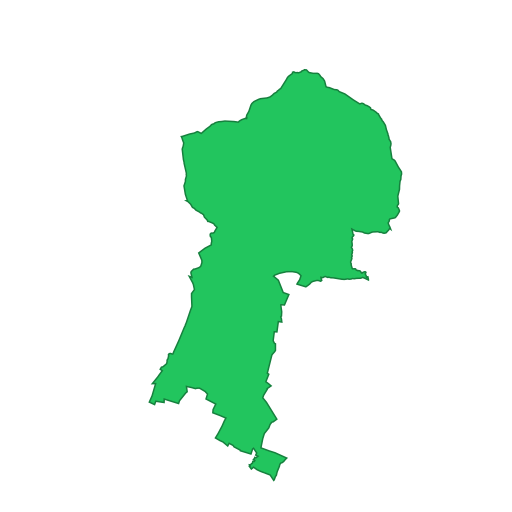 the district of Beclean, Brasov, Romania, rotated 28°
{"feature_id": "2599482B11377759277161", "entity_name": "Beclean", "entity_type": "district", "adm_level": 2, "iso_a3": "ROU", "parent_name": "Romania", "parent_adm1": "Brasov", "projection": "mercator", "projection_center": [24.929, 45.848], "detail": "fine", "context": "isolated", "style": "filled", "palette": "green", "viewbox_px": 512, "rotation_deg": 28, "n_neighbors": 0, "source": "geoboundaries", "source_scale": "gbopen_adm2", "svg_char_len": 6096}
<svg xmlns="http://www.w3.org/2000/svg" viewBox="0 0 512 512"><g transform="rotate(28 256 256)"><path d="M377.0,445.8L377.2,445.0L376.7,441.8L376.9,439.9L376.2,437.6L375.9,435.9L375.4,430.8L374.9,429.0L375.0,427.8L375.1,427.2L376.1,426.2L376.9,424.5L377.4,421.9L378.0,420.0L365.2,420.8L359.2,421.9L350.4,423.1L347.7,414.1L346.7,408.8L348.0,401.8L347.5,398.0L347.8,396.7L347.7,396.2L348.3,394.9L349.0,394.4L351.0,390.3L333.9,380.3L328.5,378.0L328.1,375.2L328.5,368.4L328.1,367.9L330.3,363.6L327.1,362.9L323.7,362.4L322.8,354.4L321.0,354.2L316.5,336.0L316.6,335.0L317.4,331.6L317.5,330.2L314.4,324.4L313.2,324.4L310.9,322.7L307.7,314.3L310.1,313.2L306.5,303.4L309.8,302.2L307.9,299.5L306.4,298.1L306.4,297.7L306.7,297.1L304.9,293.2L301.2,288.1L300.9,287.3L304.1,285.9L303.1,274.6L297.2,275.5L287.1,266.9L281.0,265.6L281.6,264.0L284.8,260.3L290.4,255.5L295.3,252.8L299.5,251.4L301.3,251.3L303.0,251.6L305.0,252.3L305.7,256.4L305.3,261.0L305.4,261.6L314.5,259.8L315.5,257.9L316.6,255.4L317.1,253.2L318.2,251.7L320.7,249.4L321.6,248.8L322.8,248.3L325.0,247.9L325.5,246.6L324.3,245.6L323.4,244.3L325.0,243.9L326.6,241.6L329.6,241.2L330.1,240.5L332.0,240.2L334.5,239.0L342.5,236.3L345.0,235.2L347.8,233.1L349.1,232.8L350.8,231.7L351.6,230.7L353.5,229.9L355.3,228.5L358.8,226.5L359.3,226.0L360.1,224.9L362.1,224.6L366.5,224.4L366.2,223.8L364.5,221.8L364.2,222.0L364.0,222.7L363.6,222.9L362.3,221.5L360.8,220.5L360.9,219.3L360.8,218.9L360.3,218.6L359.6,218.7L358.9,219.3L358.0,220.4L357.8,221.2L357.6,221.4L356.9,221.4L356.5,221.0L354.7,220.3L353.5,220.7L353.0,221.2L352.5,221.0L351.5,221.4L351.2,221.4L350.1,220.7L349.6,220.7L347.4,221.9L346.9,221.9L346.5,221.5L344.3,219.3L344.0,218.8L343.9,218.3L342.8,217.5L342.3,216.8L342.0,214.0L341.7,212.9L340.9,212.3L341.0,211.1L340.9,210.8L340.1,210.1L339.8,209.7L339.6,208.0L339.5,207.7L338.9,207.2L338.7,205.6L337.7,204.5L336.3,203.7L336.1,203.5L336.2,202.2L336.0,201.5L334.9,199.7L333.7,198.1L333.4,195.7L333.0,195.3L332.5,195.2L332.3,194.8L332.2,194.2L332.2,193.5L332.6,192.6L332.6,191.7L332.4,191.4L331.7,191.3L331.1,190.9L329.9,189.3L328.0,187.2L332.2,187.2L333.1,187.0L335.1,186.1L338.8,184.8L340.9,184.8L344.5,183.6L345.3,182.9L347.2,180.5L348.1,179.8L352.3,177.3L354.3,177.0L355.6,176.2L356.8,176.2L358.1,175.9L359.1,175.3L360.2,174.1L360.2,173.3L360.9,170.9L361.1,168.9L362.3,169.1L360.5,167.5L358.8,166.3L357.2,164.8L357.1,164.2L357.3,163.2L357.0,161.9L356.7,161.5L356.8,160.4L360.8,157.0L361.2,155.8L361.6,153.4L361.7,149.3L361.3,148.5L359.0,146.7L357.7,146.5L357.3,145.7L357.1,144.7L357.4,143.8L357.3,142.9L353.1,136.6L351.4,129.8L349.8,126.6L348.1,122.4L347.9,120.4L346.4,117.1L346.1,115.3L344.9,113.4L339.7,110.5L334.2,106.8L333.1,106.4L330.4,106.3L323.5,97.1L323.1,95.2L322.5,93.5L321.8,92.7L321.5,92.1L320.8,91.6L318.5,90.3L318.2,89.6L316.3,87.5L315.7,87.2L315.3,86.4L311.8,83.2L308.9,79.9L305.4,77.8L303.7,77.2L302.5,76.1L302.0,76.1L300.0,74.9L297.9,73.6L297.4,73.1L295.9,73.1L294.8,72.7L291.1,72.2L289.6,72.4L289.0,72.7L288.7,72.7L287.5,71.4L285.5,71.1L283.0,71.1L282.0,71.5L279.5,71.1L278.4,71.2L277.5,71.6L276.4,72.9L276.1,73.0L268.8,72.5L258.4,71.2L252.3,71.8L250.5,71.2L249.3,71.3L247.0,72.3L241.7,72.9L240.0,73.5L238.4,73.7L234.4,69.3L231.9,67.9L228.8,67.2L227.7,66.5L225.6,65.7L224.2,66.0L220.7,67.9L217.1,69.0L216.1,69.0L213.2,68.0L211.3,68.8L211.2,69.3L209.5,71.3L209.4,72.1L209.0,72.7L207.7,74.1L207.2,74.5L206.6,74.5L205.2,75.4L203.8,75.8L203.0,75.6L202.0,76.6L202.4,77.4L202.4,77.9L200.4,82.0L200.0,83.6L200.0,85.8L199.2,96.6L198.4,97.9L198.1,99.1L197.4,100.3L197.3,101.7L195.8,103.8L195.4,104.9L195.0,106.3L193.7,109.0L191.5,111.3L186.1,115.0L184.8,116.4L182.3,119.8L181.7,120.7L181.2,122.1L180.8,123.2L180.7,125.0L181.8,131.6L181.7,136.1L182.2,137.3L182.2,138.0L182.7,138.0L183.1,138.3L183.2,139.1L181.8,139.7L179.5,142.2L178.5,143.7L177.8,145.1L177.7,145.9L177.4,146.2L173.5,147.6L165.1,151.5L162.4,153.5L160.0,155.0L158.1,156.8L157.3,157.7L156.6,159.3L155.5,160.2L154.9,161.3L154.8,162.2L154.2,163.7L152.5,167.2L150.1,173.5L147.2,173.5L146.2,173.6L145.7,173.8L143.8,176.4L140.1,179.5L134.8,185.0L134.0,185.6L135.1,186.4L136.8,188.1L139.1,190.1L140.2,193.4L140.4,195.1L140.7,196.3L146.7,205.0L148.5,207.0L149.1,208.0L155.5,215.4L155.9,216.1L156.2,216.9L156.7,217.4L157.2,218.7L157.7,221.4L158.7,223.4L159.5,227.9L164.7,234.7L169.4,239.2L168.5,239.9L170.3,239.9L173.9,240.9L177.1,242.9L179.2,242.9L181.4,243.7L185.4,243.7L187.0,244.0L187.7,243.8L190.3,244.2L192.2,245.9L195.9,247.1L197.2,248.1L198.1,247.7L202.3,247.3L203.9,247.4L204.9,248.1L208.2,249.0L208.0,253.1L208.1,254.7L207.9,255.2L207.2,256.0L205.9,256.7L205.6,257.0L205.3,258.2L206.0,259.5L206.7,260.3L207.8,260.5L209.8,263.4L210.2,264.2L210.5,265.7L211.3,267.2L207.3,273.1L204.0,280.2L210.2,285.2L211.3,287.1L212.0,290.7L211.6,292.2L210.8,293.4L208.2,296.2L207.1,296.9L206.1,300.1L206.4,301.4L209.5,304.9L206.6,305.3L212.6,309.3L214.1,310.6L217.3,314.4L217.4,314.6L216.7,319.4L218.3,322.4L223.0,330.4L223.2,331.1L223.6,334.4L225.8,347.7L226.0,350.2L226.3,350.7L226.2,352.2L227.6,367.0L228.4,380.0L228.7,381.3L228.1,381.9L226.2,382.2L225.2,383.0L225.0,384.2L225.9,385.5L226.0,386.5L226.6,387.9L226.3,388.9L226.6,390.2L226.9,390.5L227.6,392.7L227.6,393.2L226.0,397.2L225.4,398.1L224.7,398.5L224.6,401.0L227.1,401.3L226.2,407.4L226.2,408.1L224.4,417.4L227.3,415.8L229.9,428.2L230.4,435.1L236.2,434.8L235.7,431.3L243.6,428.5L242.1,425.4L256.9,422.6L256.4,419.7L258.3,409.7L258.9,408.5L258.9,408.1L255.8,403.8L261.2,402.3L264.9,401.5L265.8,400.5L268.1,399.2L275.1,399.5L275.4,399.8L278.0,400.6L279.0,405.7L290.0,405.6L290.2,411.7L291.5,414.7L298.6,413.8L305.5,413.2L305.5,416.9L305.9,422.0L305.9,430.7L305.6,435.7L310.9,435.9L314.1,435.7L320.2,437.0L320.2,434.0L324.7,434.0L326.2,434.8L333.1,434.8L333.6,435.3L344.5,433.2L343.6,428.0L344.1,426.9L349.1,429.6L349.2,431.9L351.8,431.8L350.7,434.2L349.5,434.3L349.6,435.5L349.3,437.0L351.0,437.1L350.9,438.3L349.6,438.9L350.1,440.7L349.5,441.5L349.1,443.1L348.3,443.4L349.4,444.2L348.8,444.8L351.9,446.3L353.0,443.6L357.2,444.2L361.2,444.0L371.3,442.7L377.0,445.8Z" fill="#22c55e" stroke="#15803d" stroke-width="1.5"/></g></svg>